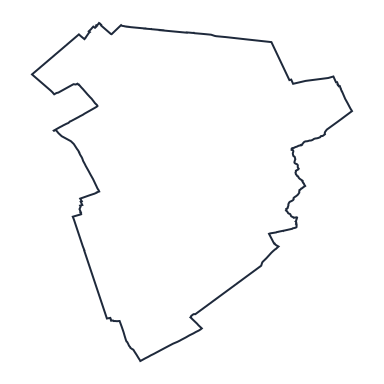 outline of Pijnacker-Nootdorp, Zuid-Holland, Netherlands
{"feature_id": "6326949B78332299759776", "entity_name": "Pijnacker-Nootdorp", "entity_type": "district", "adm_level": 2, "iso_a3": "NLD", "parent_name": "Netherlands", "parent_adm1": "Zuid-Holland", "projection": "natural_earth1", "projection_center": [4.43, 52.011], "detail": "fine", "context": "isolated", "style": "outline", "palette": "slate", "viewbox_px": 384, "rotation_deg": 0, "n_neighbors": 0, "source": "geoboundaries", "source_scale": "gbopen_adm2", "svg_char_len": 5645}
<svg xmlns="http://www.w3.org/2000/svg" viewBox="0 0 384 384"><path d="M140.3,361.0L142.4,359.9L145.3,358.3L148.1,356.9L150.9,355.3L153.4,354.1L165.2,347.8L173.0,343.7L177.5,341.8L180.1,340.5L181.3,339.8L185.7,337.5L189.5,335.3L193.4,333.4L195.8,332.0L198.7,330.6L200.6,329.4L201.8,328.4L198.4,325.2L197.1,323.7L190.5,317.4L191.1,317.0L191.0,316.4L191.2,316.0L191.5,315.7L192.3,315.1L192.9,314.6L193.6,314.2L194.2,314.1L195.3,314.2L261.2,265.7L262.1,262.8L262.6,261.9L266.6,258.0L271.3,252.8L273.1,251.1L275.2,249.3L275.7,249.1L278.5,246.5L276.7,245.5L276.2,245.2L274.8,244.1L275.0,244.0L274.5,243.3L273.8,242.9L273.6,242.6L269.0,233.8L269.4,233.6L270.7,233.3L276.3,232.4L276.7,232.1L278.4,231.8L278.6,231.7L283.5,230.7L283.6,230.8L283.7,230.7L292.2,228.8L292.6,228.4L295.2,227.8L296.0,227.5L296.5,227.1L296.6,225.8L296.6,224.7L296.4,224.6L296.5,224.5L296.5,224.1L296.1,223.6L296.2,223.4L296.1,223.1L296.3,223.0L296.2,222.2L296.0,221.4L295.8,221.3L296.0,221.1L296.1,220.7L297.1,217.6L296.8,217.3L296.4,217.3L295.7,217.5L295.4,217.5L294.2,217.7L293.7,217.8L293.5,217.6L293.7,217.4L292.2,216.8L291.3,216.3L291.1,216.1L290.4,214.5L290.1,214.1L289.8,213.9L288.6,213.5L288.1,213.1L287.8,212.4L287.2,211.6L286.3,210.8L286.1,210.5L286.4,210.4L286.5,210.3L286.5,210.1L286.5,209.8L286.3,209.4L286.2,209.0L287.0,208.6L287.3,208.2L287.7,208.0L287.8,207.7L287.7,207.4L287.8,207.0L288.0,206.7L288.1,206.3L288.4,205.6L288.4,205.4L288.3,204.8L288.5,204.1L288.6,203.5L289.1,202.7L289.4,202.2L290.2,201.6L291.4,201.1L292.3,200.6L292.9,200.2L293.3,199.8L293.6,199.4L293.6,198.9L293.5,198.2L293.8,197.8L294.6,197.1L295.9,196.3L297.4,195.1L298.0,194.5L299.3,192.6L299.2,191.6L299.4,190.8L299.4,190.1L299.5,190.0L300.3,189.7L300.7,189.1L301.1,188.9L301.4,188.4L301.6,188.3L302.0,188.3L302.4,188.1L302.8,187.6L303.0,187.4L304.9,186.2L305.2,186.0L305.0,185.6L304.3,184.8L303.9,183.6L303.8,183.4L303.0,182.7L303.0,182.2L302.8,181.9L302.5,181.7L302.3,181.4L302.3,181.2L302.5,180.7L301.9,180.4L301.6,180.0L300.7,179.5L299.5,178.6L298.6,177.6L298.4,177.2L298.3,176.8L298.2,176.5L297.1,175.9L296.9,175.7L296.7,175.2L296.2,174.5L295.9,174.3L295.8,173.6L295.6,173.1L295.5,172.6L295.5,172.4L295.9,171.8L295.9,170.9L296.1,170.9L296.6,170.3L298.1,169.5L298.3,169.4L298.4,169.0L298.7,168.7L298.5,168.4L298.2,168.2L297.8,167.3L297.7,166.9L297.8,166.0L297.8,165.2L297.7,165.0L297.2,164.4L296.8,164.1L295.6,163.7L294.9,163.2L294.6,162.9L294.5,162.7L294.4,162.2L294.5,161.7L294.8,160.8L294.9,160.2L295.3,159.4L295.2,158.8L294.7,156.9L294.3,156.5L293.6,156.2L293.4,156.0L293.0,154.7L292.9,154.1L292.8,153.6L292.9,152.9L293.3,151.7L293.3,151.1L293.2,150.7L293.1,150.4L292.9,150.1L292.5,150.0L291.6,149.9L291.6,149.0L291.6,148.8L291.8,148.5L292.3,148.1L293.3,148.0L294.1,147.8L294.4,147.5L295.0,147.3L295.6,147.0L296.7,146.7L297.6,146.3L298.4,145.8L300.3,145.4L300.5,145.4L300.5,145.1L300.8,144.9L301.3,144.9L301.6,145.1L302.1,144.8L302.1,144.6L302.1,144.4L303.4,142.8L303.9,142.2L304.4,141.8L305.4,141.4L307.5,141.2L309.7,140.5L310.8,140.5L311.3,140.4L312.6,139.9L313.8,139.0L314.4,138.8L315.2,138.5L317.0,138.3L318.8,137.8L319.3,137.5L320.2,137.2L320.3,137.1L320.7,136.3L320.8,136.2L321.8,136.0L322.4,136.0L322.9,135.8L324.9,134.3L325.0,134.2L324.7,133.3L324.7,133.1L325.2,131.7L326.0,130.7L326.8,129.6L338.0,121.5L348.1,114.0L352.0,111.1L350.4,108.5L349.5,106.8L347.4,102.8L347.0,102.1L345.2,98.9L342.0,91.4L341.8,91.4L340.7,88.7L340.8,88.6L340.5,88.0L339.8,86.1L338.9,86.3L338.4,85.1L337.9,85.2L337.7,84.8L338.0,84.7L337.9,84.3L337.1,82.2L336.0,82.3L333.4,76.5L328.2,78.0L305.6,80.9L293.1,83.8L291.2,79.6L289.4,80.1L271.4,42.1L246.6,39.4L226.0,37.1L216.2,36.2L214.7,35.9L211.1,34.7L202.7,33.9L194.5,33.2L193.9,32.8L193.5,33.0L190.2,32.7L186.8,32.4L186.8,32.7L161.3,30.3L161.6,30.1L151.6,29.2L151.4,29.0L151.0,29.1L144.7,28.6L144.8,28.4L144.1,28.4L131.2,27.2L127.6,26.8L127.7,26.7L124.5,26.3L124.4,26.2L121.9,25.8L121.1,25.1L111.6,34.2L110.9,34.0L101.2,25.6L101.1,25.4L101.3,24.9L101.2,24.7L100.4,24.4L100.2,24.1L100.1,23.7L99.0,23.0L98.0,24.4L97.2,24.9L96.3,25.3L96.9,25.9L96.1,26.5L95.9,26.7L96.0,26.9L95.0,27.8L93.3,26.6L92.1,27.9L91.2,29.0L90.6,29.6L88.8,31.3L89.8,32.1L89.0,32.7L86.6,36.2L86.5,36.3L85.5,37.9L85.4,37.8L84.4,39.1L82.2,37.3L81.1,36.4L78.9,34.4L32.0,74.4L32.2,74.6L50.6,90.5L52.7,92.5L53.2,93.2L54.2,94.3L56.5,93.0L58.3,92.6L73.5,84.2L75.8,84.5L77.5,83.7L78.4,84.7L78.8,84.5L81.3,87.4L83.2,89.4L83.6,89.9L85.7,92.3L87.5,94.4L89.1,96.1L89.9,97.0L91.6,98.7L94.5,102.5L95.0,103.2L96.0,104.1L97.1,105.2L97.4,105.7L97.5,106.0L97.3,106.2L96.6,106.8L94.9,107.8L84.3,113.8L83.0,114.7L81.1,115.7L80.4,116.0L78.9,116.9L70.4,121.4L69.9,121.5L68.6,122.8L68.1,123.1L66.6,123.7L63.0,125.5L62.0,126.1L60.2,127.0L53.8,130.6L54.0,130.8L55.8,129.9L58.4,133.1L61.7,136.2L70.9,141.2L73.8,144.0L77.1,149.1L78.1,150.4L78.8,151.6L78.7,151.6L78.9,152.1L80.3,155.0L81.5,156.9L82.2,158.3L82.6,159.4L83.2,161.1L84.2,162.9L85.1,164.6L85.6,165.7L88.7,171.2L90.4,174.4L93.1,179.2L95.8,184.9L96.2,185.7L97.5,188.5L98.6,190.2L99.2,191.5L96.7,192.4L96.7,192.7L94.4,193.7L90.1,195.1L80.2,198.6L81.8,201.3L80.7,201.7L82.3,205.0L80.1,205.6L80.6,206.6L79.5,209.1L80.9,212.4L80.4,212.5L81.2,214.2L81.1,214.3L72.8,216.7L74.0,219.8L82.8,246.3L84.4,250.4L84.2,250.5L106.9,318.5L110.3,317.9L110.9,319.4L110.7,319.4L111.1,320.7L113.0,320.5L113.5,321.0L113.9,321.1L114.8,321.0L117.0,321.2L119.6,321.0L121.8,327.0L123.1,330.8L123.6,332.3L124.6,335.8L125.8,339.7L126.5,341.5L127.2,342.0L128.2,343.9L128.9,345.5L129.2,346.0L130.1,347.0L130.3,347.7L130.5,347.9L132.5,349.3L133.2,349.6L133.4,349.8L134.4,351.5L136.5,354.7L138.5,358.0L139.8,360.0L140.3,361.0Z" fill="none" stroke="#1e293b" stroke-width="2"/></svg>